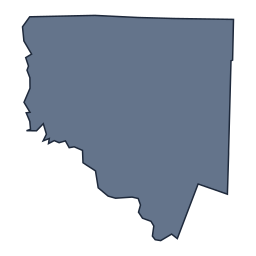 Chariton, Missouri, United States of America (Equal Earth projection)
{"feature_id": "52423323B63120007754805", "entity_name": "Chariton", "entity_type": "district", "adm_level": 2, "iso_a3": "USA", "parent_name": "United States of America", "parent_adm1": "Missouri", "projection": "equal_earth", "projection_center": [-93.062, 39.464], "detail": "fine", "context": "isolated", "style": "filled", "palette": "slate", "viewbox_px": 256, "rotation_deg": 0, "n_neighbors": 0, "source": "geoboundaries", "source_scale": "gbopen_adm2", "svg_char_len": 756}
<svg xmlns="http://www.w3.org/2000/svg" viewBox="0 0 256 256"><path d="M232.6,60.1L233.5,19.4L174.0,18.5L138.0,17.5L94.9,15.4L29.7,16.8L22.5,26.8L23.9,41.0L31.6,54.1L25.7,57.6L28.5,66.1L27.0,70.2L29.9,77.8L30.0,88.3L24.0,102.3L30.0,112.3L26.2,112.8L29.8,121.4L30.5,129.3L26.5,130.7L36.5,130.8L43.3,123.7L46.4,134.2L43.1,140.9L49.3,138.5L48.5,143.6L54.2,140.6L59.1,142.7L65.4,140.9L69.2,147.7L74.2,146.8L82.5,150.4L83.0,162.7L87.0,165.4L95.5,170.9L98.2,187.8L108.1,196.1L115.5,198.2L132.1,197.1L138.2,198.5L140.5,205.0L138.5,212.2L142.5,218.2L151.0,221.3L153.8,226.0L152.4,236.1L155.2,239.7L160.7,240.6L171.6,234.1L177.3,238.6L198.1,184.0L227.4,194.2L228.6,154.0L228.6,150.9L231.0,60.8L232.6,60.1Z" fill="#64748b" stroke="#1e293b" stroke-width="1.5"/></svg>